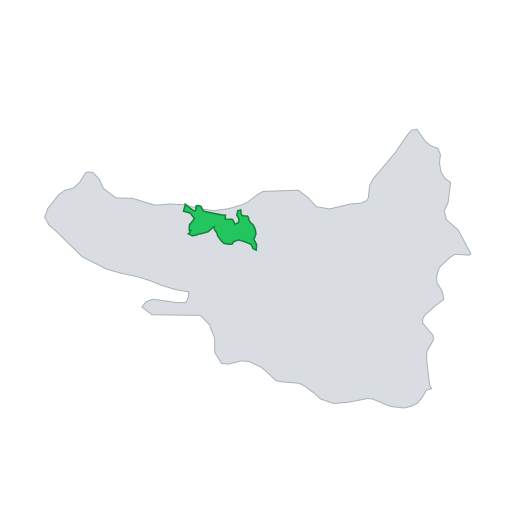 Santo Domingo highlighted on a map of Dominican Republic, rotated 185°
{"feature_id": "DOM-1394", "entity_name": "Santo Domingo", "entity_type": "Province", "adm_level": 1, "iso_a3": "DOM", "parent_name": "Dominican Republic", "parent_adm1": "", "projection": "albers", "projection_center": [-69.842, 18.571], "detail": "fine", "context": "in_parent", "style": "filled", "palette": "green", "viewbox_px": 512, "rotation_deg": 185, "n_neighbors": 0, "source": "natural_earth", "source_scale": "10m", "svg_char_len": 2499}
<svg xmlns="http://www.w3.org/2000/svg" viewBox="0 0 512 512"><g transform="rotate(185 256 256)"><path d="M68.5,346.1L69.3,325.8L72.4,317.6L69.6,308.8L56.8,299.5L49.0,287.5L42.1,276.9L43.7,275.4L57.8,275.1L62.8,271.3L72.3,260.6L74.3,252.0L73.6,245.4L67.6,237.5L65.2,229.2L72.9,222.1L82.9,211.7L84.3,207.6L84.1,203.6L72.7,192.4L72.0,187.7L77.5,175.7L77.0,167.7L71.9,142.8L69.4,139.1L74.6,137.1L78.0,129.7L82.6,123.2L88.6,119.7L95.4,117.5L108.8,117.8L127.4,123.7L132.6,123.7L150.5,118.6L165.4,115.8L179.3,119.2L184.9,123.7L196.4,130.8L202.2,133.0L220.4,132.9L225.3,133.7L240.6,145.4L253.4,150.2L260.9,150.4L274.3,145.9L281.0,146.0L288.6,156.2L290.1,170.5L296.5,183.6L306.2,192.0L354.5,188.4L365.2,195.2L361.6,200.9L354.8,204.0L331.8,202.7L321.8,203.4L319.8,209.0L319.7,214.3L333.2,215.5L346.3,218.2L359.8,222.3L373.4,225.2L388.8,227.0L404.0,230.0L429.3,240.2L457.4,263.4L464.9,268.7L469.9,276.0L467.6,285.1L457.7,300.0L452.1,304.8L443.9,307.8L438.2,313.9L432.8,324.3L429.5,325.2L425.6,324.8L418.8,318.9L413.9,310.0L400.4,301.6L384.3,302.7L360.7,297.8L346.4,300.3L332.0,300.8L317.4,298.3L302.6,297.4L287.9,300.6L273.7,306.1L268.4,309.5L259.2,317.9L254.4,321.0L219.6,325.2L209.6,319.0L200.4,310.5L187.0,309.2L167.6,315.7L155.5,318.0L150.5,320.8L149.1,324.0L149.0,335.8L146.2,343.0L127.0,370.0L116.2,389.1L111.8,395.0L106.7,396.2L97.4,385.1L91.5,381.1L84.2,379.0L81.1,373.1L81.3,364.8L79.5,356.7L75.0,350.3L68.5,346.1Z" fill="#d9dde1" stroke="#a8b0b8" stroke-width="1"/><path d="M278.1,299.5L276.6,300.0L275.4,300.7L274.9,299.9L274.8,297.2L273.3,295.0L270.7,294.9L268.1,295.0L266.7,293.5L266.4,291.4L264.3,288.8L261.4,286.6L259.2,282.7L258.0,278.3L258.6,275.3L259.6,272.5L256.4,267.4L256.3,261.9L259.6,263.1L261.8,267.0L265.5,268.3L269.3,269.4L274.8,270.5L279.8,268.2L280.1,267.0L280.6,265.9L282.0,265.5L283.5,265.4L286.2,265.5L288.9,265.7L292.1,268.2L294.7,271.2L296.3,273.3L297.0,275.8L299.4,278.1L300.4,281.6L305.8,276.0L312.6,273.4L315.1,272.9L317.3,271.5L321.3,270.6L325.4,272.2L324.0,273.8L323.3,275.7L324.0,275.7L324.6,275.5L325.1,278.6L324.9,281.6L322.5,284.8L320.7,288.0L325.3,293.0L332.2,294.3L331.4,298.3L331.0,301.5L324.9,297.3L322.4,295.9L320.6,295.7L319.9,296.9L320.0,298.3L320.2,299.7L319.8,300.8L318.8,301.1L317.2,301.1L315.6,300.8L315.0,300.4L313.0,297.0L312.1,296.1L311.2,295.9L293.2,293.9L289.9,294.0L290.1,290.4L286.9,289.9L284.7,290.5L282.4,290.3L281.0,288.0L279.6,285.9L276.4,287.7L276.1,291.2L278.7,295.1L278.1,299.5Z" fill="#22c55e" stroke="#15803d" stroke-width="1.5"/></g></svg>